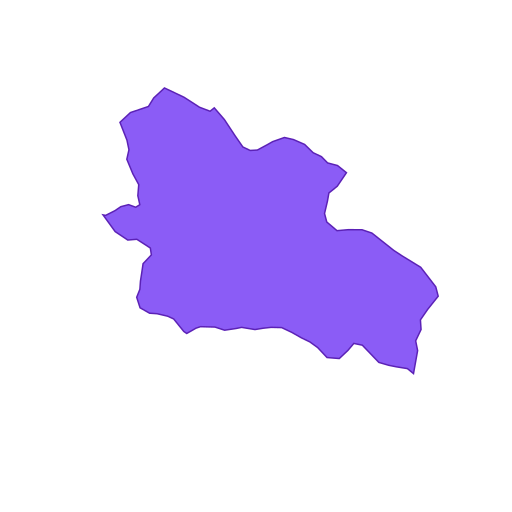 outline of Tierp, Uppsala, Sweden, rotated 51°
{"feature_id": "70781695B92369389474001", "entity_name": "Tierp", "entity_type": "district", "adm_level": 2, "iso_a3": "SWE", "parent_name": "Sweden", "parent_adm1": "Uppsala", "projection": "equal_earth", "projection_center": [17.629, 60.367], "detail": "fine", "context": "isolated", "style": "filled", "palette": "violet", "viewbox_px": 512, "rotation_deg": 51, "n_neighbors": 0, "source": "geoboundaries", "source_scale": "gbopen_adm2", "svg_char_len": 1348}
<svg xmlns="http://www.w3.org/2000/svg" viewBox="0 0 512 512"><g transform="rotate(51 256 256)"><path d="M66.5,277.6L84.8,283.4L93.5,287.9L99.5,295.5L114.7,300.0L126.7,302.2L134.8,309.9L143.0,314.0L142.4,318.8L135.9,322.7L132.6,330.0L132.0,337.1L129.8,347.3L127.8,349.0L148.4,350.1L162.9,345.6L168.0,338.1L183.3,333.1L189.3,336.6L190.9,348.6L196.9,355.1L202.8,361.6L208.8,367.2L213.0,374.7L223.3,378.7L233.5,374.7L238.6,369.2L247.1,362.6L253.1,359.6L269.2,359.6L272.6,358.6L273.4,353.9L274.3,348.1L276.0,343.6L285.4,332.6L293.9,327.1L299.8,317.1L302.4,312.1L312.5,303.1L316.8,295.6L321.0,289.1L327.8,281.1L338.0,276.2L348.2,272.2L356.7,268.2L366.0,265.7L379.6,264.7L388.1,255.8L387.2,243.9L385.5,235.0L392.2,229.5L416.0,227.5L424.5,221.6L430.4,216.7L438.8,209.2L446.5,207.6L431.2,189.9L422.4,185.3L417.0,174.0L409.1,168.4L405.5,156.1L401.9,139.7L393.1,135.7L368.4,135.1L348.1,142.3L338.4,145.4L311.1,151.5L302.3,157.1L293.5,167.9L287.3,177.1L274.1,179.6L266.1,176.0L258.2,165.8L252.9,159.7L252.9,148.9L248.2,133.3L237.0,135.7L228.7,141.8L220.0,142.6L211.7,146.6L199.9,148.0L189.1,153.6L181.8,159.3L177.6,171.1L176.6,177.2L174.5,188.3L170.3,194.1L163.0,197.6L149.4,196.6L130.0,194.7L114.6,195.2L114.6,200.6L104.8,206.3L87.4,212.0L67.8,221.4L68.8,236.0L72.1,245.5L65.5,263.3L66.5,277.6Z" fill="#8b5cf6" stroke="#5b21b6" stroke-width="1.5"/></g></svg>